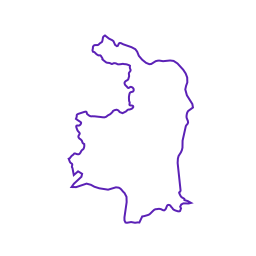 SVG path tracing the border of Macvanski, rotated 162°
{"feature_id": "SRB-838", "entity_name": "Macvanski", "entity_type": "District", "adm_level": 1, "iso_a3": "SRB", "parent_name": "Republic of Serbia", "parent_adm1": "", "projection": "orthographic", "projection_center": [19.594, 44.517], "detail": "fine", "context": "isolated", "style": "outline", "palette": "violet", "viewbox_px": 256, "rotation_deg": 162, "n_neighbors": 0, "source": "natural_earth", "source_scale": "10m", "svg_char_len": 5637}
<svg xmlns="http://www.w3.org/2000/svg" viewBox="0 0 256 256"><g transform="rotate(162 128 128)"><path d="M81.0,183.0L78.7,182.8L77.3,182.4L74.0,180.7L67.1,179.2L63.9,177.7L61.0,174.1L57.5,166.4L56.3,162.0L56.1,157.7L57.5,153.0L59.7,150.2L61.6,147.0L61.9,140.9L59.4,130.9L59.9,127.4L65.5,125.6L66.8,124.5L67.8,123.0L68.7,121.2L69.1,119.6L68.9,116.1L69.2,114.6L70.0,113.6L71.8,112.5L72.5,111.8L80.0,99.1L82.3,92.4L83.6,90.3L85.2,88.5L88.5,85.8L90.0,83.5L91.6,79.4L97.3,52.4L98.0,51.4L98.8,51.2L99.4,50.6L99.2,48.3L98.8,46.4L98.1,45.2L97.2,44.3L96.3,43.2L96.6,42.0L93.8,40.1L91.2,37.3L93.7,37.5L98.6,39.2L101.0,38.8L102.7,37.0L102.4,35.2L104.1,33.0L104.4,32.9L104.9,32.9L105.4,33.0L106.2,33.3L106.6,33.6L108.4,34.9L109.3,35.7L109.9,36.4L110.2,36.8L110.6,38.2L111.3,39.7L111.7,41.1L112.0,41.5L112.4,41.9L112.7,42.1L113.4,42.4L113.7,42.4L114.0,42.4L114.4,42.3L114.8,42.0L115.4,41.4L116.2,40.4L116.8,39.7L117.2,39.3L117.9,38.9L118.4,38.7L118.8,38.5L119.0,38.5L119.5,38.7L119.9,38.9L120.3,39.2L121.7,40.6L122.2,40.9L123.1,41.4L124.0,41.7L125.5,41.9L126.7,42.2L127.2,42.2L127.7,42.2L128.2,42.1L128.8,41.9L130.3,41.2L133.1,39.8L134.2,39.3L134.8,39.2L135.4,39.1L136.7,39.1L140.0,39.2L141.3,39.4L141.8,39.5L146.4,34.6L147.9,35.2L150.6,35.7L154.1,37.6L158.3,38.2L159.6,38.9L159.9,41.2L159.0,44.1L152.2,57.9L150.7,63.0L151.4,67.2L152.4,69.1L153.1,70.9L153.9,72.6L155.2,74.1L157.8,75.3L166.0,75.5L173.9,79.5L178.1,82.5L180.8,85.4L184.6,87.9L195.6,87.8L199.9,89.3L196.7,91.7L187.4,96.0L185.8,98.6L188.9,102.2L194.1,100.0L193.2,107.0L193.4,108.0L193.4,108.3L193.3,108.6L192.4,110.2L192.3,110.6L192.3,110.9L192.3,111.1L192.6,111.6L193.4,112.7L193.5,113.0L193.7,113.5L193.8,114.6L193.9,117.1L193.0,117.1L192.9,117.1L192.2,117.6L190.7,118.6L190.2,118.9L188.2,119.6L187.1,120.3L186.8,120.3L186.4,120.2L186.0,120.0L184.9,119.1L184.2,118.7L183.5,118.4L183.0,118.3L182.6,118.3L182.2,118.4L181.8,118.6L181.4,118.9L180.9,119.2L179.6,120.5L178.9,121.0L178.5,121.2L177.4,121.6L177.1,121.7L176.7,122.0L176.0,122.8L175.7,123.3L175.4,123.8L175.0,124.7L174.6,126.3L175.1,126.8L175.4,127.2L175.7,127.7L175.8,128.2L175.8,128.7L175.8,129.9L175.9,130.4L176.4,131.5L176.7,132.0L177.5,133.0L177.6,133.3L177.8,133.8L177.9,134.2L177.9,135.0L177.6,135.6L177.4,135.9L177.1,136.2L176.0,137.1L175.8,137.4L175.6,137.7L175.6,138.0L175.7,138.6L176.5,140.4L176.8,141.3L176.8,141.9L176.9,143.1L176.9,144.3L176.9,144.9L176.8,145.4L176.6,145.7L176.4,146.0L176.2,146.1L175.9,146.1L175.5,146.1L174.7,145.7L173.9,145.5L173.4,145.5L173.1,145.6L172.3,145.9L171.9,146.2L171.5,146.6L171.2,147.0L171.0,147.4L171.0,147.8L171.3,148.4L171.7,148.9L173.1,150.6L174.7,152.8L174.1,153.5L173.3,154.6L173.1,155.2L172.8,156.0L172.6,156.3L172.3,156.5L172.0,156.6L171.0,156.8L170.4,156.8L164.7,156.8L163.5,156.7L162.9,156.5L162.6,156.2L162.5,155.6L162.6,154.6L162.6,154.1L162.4,153.7L161.2,151.9L160.7,151.4L160.3,151.0L159.8,150.7L159.5,150.5L158.1,150.1L156.1,149.4L152.8,147.9L151.2,147.2L148.7,146.0L147.6,145.6L147.1,145.4L146.6,145.4L145.5,145.4L145.1,145.5L143.2,146.2L142.7,146.3L140.8,146.6L139.9,147.0L139.4,147.2L137.7,148.1L137.4,148.5L137.0,148.8L136.5,148.9L136.1,149.0L135.1,149.1L134.1,149.0L133.6,149.0L133.2,148.9L132.9,148.7L132.3,148.2L131.8,147.7L131.6,147.4L131.1,146.0L130.9,145.7L130.6,145.4L128.6,143.8L126.6,144.1L125.1,144.3L124.3,144.6L123.3,145.1L122.8,145.3L122.2,145.4L121.7,145.4L120.8,145.1L120.3,145.1L119.4,145.1L118.4,145.2L117.9,145.4L117.3,145.7L116.7,146.1L116.5,146.4L116.4,146.8L116.4,147.0L116.4,147.3L116.6,147.6L116.8,147.8L117.1,148.0L117.4,148.2L118.7,148.7L119.0,148.9L119.3,149.2L119.4,149.5L119.3,150.1L118.8,151.0L118.6,151.4L118.5,151.9L118.6,153.4L118.4,154.2L117.8,156.4L117.4,157.5L116.3,159.6L115.9,160.2L115.4,160.8L115.1,161.0L114.4,161.2L114.0,161.2L112.6,161.1L112.2,161.1L111.9,161.2L111.5,161.5L111.1,161.8L110.8,162.6L110.7,162.9L110.6,163.3L110.7,163.8L110.8,164.2L111.1,164.9L111.3,165.2L111.8,165.7L112.1,165.9L112.5,166.2L112.8,166.3L113.2,166.3L114.8,165.9L115.1,165.9L115.4,166.0L115.7,166.3L115.9,166.6L116.2,167.5L116.9,168.8L117.4,169.9L117.5,170.4L117.5,170.9L117.5,171.4L117.4,171.9L117.0,172.5L116.6,172.8L116.2,173.1L115.4,173.4L113.9,173.7L113.5,173.8L113.1,174.0L112.7,174.3L112.4,174.7L111.7,175.8L111.1,176.6L110.9,177.0L110.7,177.8L110.5,178.9L110.4,179.3L110.3,179.7L110.1,180.0L109.8,180.3L108.3,181.4L108.0,181.6L107.8,182.0L107.6,182.3L107.6,182.7L107.7,184.0L107.6,184.7L107.5,185.3L107.2,185.9L106.9,186.6L107.5,187.3L109.4,188.8L110.3,189.3L112.0,190.0L113.0,190.6L113.6,190.7L115.0,190.9L117.2,191.4L117.7,191.6L118.1,191.8L118.5,192.2L119.3,193.0L119.6,193.2L120.3,193.6L121.1,193.9L121.4,194.0L121.8,194.0L123.2,193.8L123.6,193.9L123.9,194.0L124.1,194.3L125.3,195.4L125.8,195.7L127.4,196.4L127.8,196.6L128.2,196.9L128.6,197.3L129.8,199.1L131.1,201.1L130.9,201.3L130.8,201.6L130.8,201.8L130.8,202.1L131.2,203.7L131.5,205.0L131.7,205.3L131.8,205.5L132.0,205.7L132.3,205.8L133.1,206.0L133.4,206.1L133.8,206.3L134.0,206.6L134.6,207.2L135.2,208.0L135.8,209.2L136.3,210.2L136.6,210.6L137.1,211.0L137.7,211.3L137.8,212.1L137.8,212.7L137.6,213.2L136.8,214.6L136.3,215.9L136.0,216.3L135.6,216.6L135.3,216.8L134.6,217.1L134.1,217.1L133.3,216.9L132.6,216.7L131.4,216.3L131.0,216.3L130.6,216.3L130.2,216.4L128.6,217.2L128.2,217.3L126.8,217.7L126.4,217.8L126.1,218.0L125.6,218.6L125.2,219.2L123.9,221.7L123.5,222.2L123.1,222.5L122.4,222.8L121.3,223.1L118.4,218.8L116.0,216.5L115.0,215.1L114.6,211.1L113.3,209.3L112.3,209.3L110.5,211.2L109.5,211.4L108.4,210.8L106.7,209.1L99.7,203.8L96.7,200.7L95.7,197.8L95.4,193.3L93.4,188.5L90.7,184.4L88.0,182.1L86.1,181.7L81.0,183.0Z" fill="none" stroke="#5b21b6" stroke-width="2"/></g></svg>